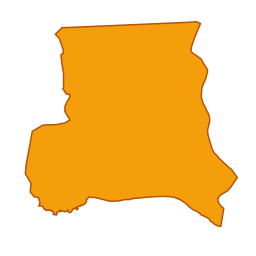 Fond D'Or, Dennery, Saint Lucia (Mercator projection), rotated 86°
{"feature_id": "8701671B83706236309505", "entity_name": "Fond D'Or", "entity_type": "district", "adm_level": 2, "iso_a3": "LCA", "parent_name": "Saint Lucia", "parent_adm1": "Dennery", "projection": "mercator", "projection_center": [-60.893, 13.924], "detail": "fine", "context": "isolated", "style": "filled", "palette": "amber", "viewbox_px": 256, "rotation_deg": 86, "n_neighbors": 0, "source": "geoboundaries", "source_scale": "gbopen_adm2", "svg_char_len": 3652}
<svg xmlns="http://www.w3.org/2000/svg" viewBox="0 0 256 256"><g transform="rotate(86 128 128)"><path d="M26.8,52.2L26.7,63.9L23.6,179.9L23.3,186.7L29.4,193.9L33.8,190.3L40.4,188.5L45.6,187.1L49.1,187.6L50.4,189.8L59.6,189.4L68.8,188.5L82.8,189.4L84.1,190.3L89.8,187.1L90.3,184.0L93.3,184.0L97.7,187.1L102.1,189.4L107.3,189.8L116.1,185.3L118.7,191.2L119.6,199.3L119.2,209.2L119.2,212.8L124.4,223.2L124.8,223.7L157.7,232.2L166.4,233.6L176.5,228.6L184.8,230.0L190.1,226.4L191.0,222.3L196.2,221.0L199.7,222.2L199.7,220.4L199.7,219.4L200.7,218.2L201.6,217.9L202.5,217.6L203.1,217.2L203.3,216.5L203.7,216.2L204.3,215.9L204.5,215.4L204.2,214.3L204.5,213.4L204.3,212.6L204.7,211.6L205.0,211.2L204.9,210.7L204.9,210.1L205.7,209.7L205.9,209.0L206.3,208.9L207.3,208.2L208.1,208.2L209.0,208.6L209.2,208.3L209.0,207.2L209.7,206.4L209.9,205.8L209.0,204.9L208.3,204.9L207.8,205.2L207.1,204.9L206.9,204.4L206.7,203.0L206.3,202.4L205.9,202.3L205.3,201.8L206.0,201.6L206.6,201.4L206.6,200.7L206.0,200.3L206.0,199.0L206.6,197.7L207.1,197.5L207.2,196.7L206.4,194.1L205.7,193.6L206.3,193.3L207.7,193.2L208.2,192.7L208.2,191.2L207.8,190.4L206.8,189.8L205.4,189.0L204.5,188.2L205.1,187.6L204.9,186.9L204.2,186.0L203.5,185.7L203.6,185.1L204.1,184.7L204.6,185.3L204.8,185.1L205.6,185.1L206.0,184.7L205.6,184.3L205.4,183.7L204.9,183.5L204.6,183.7L204.3,184.4L203.0,183.3L202.4,182.2L202.8,181.4L202.5,180.8L201.8,180.4L201.8,178.8L201.6,178.0L201.5,177.7L201.5,177.4L200.6,176.9L200.2,175.9L198.8,174.8L196.5,174.3L195.3,172.9L193.9,171.7L194.4,170.5L194.7,168.3L194.9,166.4L196.0,162.6L198.1,156.4L199.9,150.6L200.1,143.0L199.5,138.1L199.2,136.1L199.5,131.4L198.7,127.9L198.4,111.8L198.4,104.0L198.8,95.1L199.3,94.2L199.0,93.4L200.3,86.7L203.1,80.9L206.8,76.2L211.1,72.2L214.1,68.8L215.0,66.6L217.3,63.3L219.7,61.1L222.9,55.3L224.8,53.0L226.6,52.4L228.1,50.1L229.4,49.3L231.5,46.1L232.4,43.5L232.6,43.0L232.7,42.3L215.0,38.1L214.6,38.4L214.0,39.1L213.4,39.7L212.3,40.8L211.8,41.2L211.2,41.5L210.9,41.6L210.4,42.0L209.6,42.4L209.0,42.7L208.0,43.1L207.1,43.3L206.1,43.4L205.0,43.2L203.7,42.6L203.1,42.2L202.3,41.4L201.4,40.4L200.8,39.3L200.4,38.7L199.9,37.7L199.2,36.3L198.9,35.6L198.0,33.9L197.4,33.0L196.6,32.0L195.8,31.2L194.8,30.3L194.0,29.4L193.2,28.8L191.8,27.7L190.4,26.6L189.4,25.9L187.8,24.6L185.0,22.4L182.3,24.1L180.8,25.2L179.3,26.0L177.1,27.3L176.1,28.3L173.7,30.8L172.0,32.3L170.8,33.5L169.5,34.8L167.9,36.2L166.1,37.8L165.4,38.5L163.6,40.0L161.8,41.0L160.8,41.8L160.2,42.6L159.2,43.4L157.6,44.3L156.4,44.9L155.4,45.3L154.3,45.7L153.3,45.9L151.5,46.3L149.6,46.7L148.1,47.0L146.6,47.3L144.4,47.9L142.4,48.3L141.2,48.6L139.6,48.7L137.2,48.8L136.2,48.9L135.7,48.9L134.6,48.5L133.5,48.1L132.7,47.9L131.4,47.4L129.8,47.0L128.8,46.6L127.4,46.1L126.6,46.0L125.1,45.9L124.1,45.9L123.5,45.9L122.5,46.1L121.3,46.3L119.9,46.6L118.8,47.1L118.0,47.5L116.5,48.2L114.9,48.7L113.6,49.1L112.5,49.5L111.5,50.1L110.2,50.8L108.8,51.2L107.8,51.6L106.1,51.9L104.6,52.2L102.9,52.8L102.3,52.6L100.6,52.6L99.6,52.4L98.6,52.3L96.8,52.1L94.8,51.8L93.4,51.4L92.4,51.0L90.7,50.4L89.1,49.6L87.3,48.7L86.2,48.1L84.9,47.4L83.5,46.7L82.0,46.3L81.1,46.0L79.8,45.6L78.1,44.8L77.0,44.7L76.2,44.7L75.2,44.9L73.6,45.4L72.8,45.9L71.5,46.7L69.5,47.8L67.4,49.0L65.8,49.6L64.8,50.0L63.7,50.9L62.9,51.9L62.1,52.8L61.3,53.9L60.0,55.4L59.1,56.6L57.9,58.1L57.3,58.8L56.3,59.3L55.4,59.6L54.6,59.7L53.1,59.4L51.1,58.8L49.6,58.4L48.6,57.9L47.4,57.4L46.4,56.9L45.1,56.3L43.8,55.8L42.6,55.2L42.0,54.9L40.9,54.4L39.8,53.9L38.8,53.4L37.8,52.9L37.0,52.6L35.8,51.9L34.6,51.3L33.2,50.6L31.7,49.9L30.7,49.4L29.7,48.8L28.9,48.5L28.6,49.0L26.9,52.0L26.8,52.2Z" fill="#f59e0b" stroke="#b45309" stroke-width="1.5"/></g></svg>